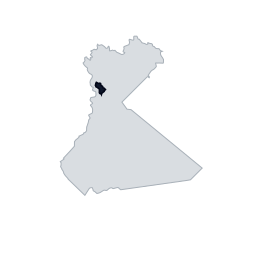 San, Ségou, Mali shown in context, rotated 135°
{"feature_id": "8926073B15709511390037", "entity_name": "San", "entity_type": "district", "adm_level": 2, "iso_a3": "MLI", "parent_name": "Mali", "parent_adm1": "Ségou", "projection": "robinson", "projection_center": [-4.933, 13.109], "detail": "fine", "context": "in_parent", "style": "filled", "palette": "ink", "viewbox_px": 256, "rotation_deg": 135, "n_neighbors": 0, "source": "geoboundaries", "source_scale": "gbopen_adm2", "svg_char_len": 5077}
<svg xmlns="http://www.w3.org/2000/svg" viewBox="0 0 256 256"><g transform="rotate(135 128 128)"><path d="M57.9,184.2L57.9,183.4L57.3,182.8L57.3,182.5L57.6,180.2L57.6,179.6L57.9,178.4L57.5,177.8L57.4,177.4L56.4,175.9L56.1,174.6L55.6,173.7L54.4,173.4L54.0,174.2L53.7,174.3L53.3,173.8L53.1,173.3L53.1,172.9L51.6,170.8L51.7,169.7L52.3,169.2L52.5,168.2L51.9,167.1L52.0,166.1L52.0,164.6L51.1,163.3L50.5,162.8L50.0,161.9L50.4,159.8L49.5,158.0L51.2,158.7L52.0,158.1L52.8,157.2L53.4,156.0L53.7,154.6L53.9,153.3L54.5,151.3L55.4,150.4L57.0,149.0L57.5,149.2L60.2,152.1L61.7,153.5L62.2,154.3L62.7,154.3L63.5,152.9L64.3,151.7L64.7,151.4L67.4,151.2L68.8,151.4L70.0,151.8L71.8,151.9L76.5,151.0L76.6,150.4L76.5,149.7L76.8,149.2L77.1,148.7L77.5,148.6L77.6,150.2L78.0,150.5L79.1,150.6L114.0,150.6L115.4,142.0L112.9,138.9L103.9,47.2L120.5,47.2L123.4,49.3L176.8,89.5L177.0,90.9L177.0,92.6L177.4,93.2L178.2,93.8L181.2,95.5L181.5,95.8L181.6,96.6L181.9,97.4L182.6,97.9L183.3,98.3L184.2,98.6L187.0,98.8L187.6,99.3L188.8,100.9L189.4,101.2L193.1,102.0L194.3,102.5L195.6,103.2L196.3,103.8L196.4,106.3L196.9,108.0L196.9,108.4L196.3,109.0L196.2,109.5L195.5,110.8L195.6,111.3L196.9,112.3L197.6,112.6L198.3,112.6L206.1,110.9L206.5,134.2L206.2,134.6L206.0,138.7L205.5,141.2L204.5,143.0L203.9,145.7L203.5,146.2L203.2,147.7L202.7,148.6L201.7,149.0L199.9,150.7L199.7,152.1L195.5,151.3L195.2,151.3L195.0,151.5L195.0,152.3L184.1,152.7L178.8,153.0L175.5,156.2L173.3,156.5L170.6,156.2L169.2,156.2L168.6,156.4L168.5,156.9L164.2,155.3L162.6,155.8L162.3,155.7L162.1,155.3L161.3,155.1L160.1,155.2L159.2,155.4L156.5,157.9L155.0,158.6L152.2,160.0L150.3,161.3L149.6,161.6L148.6,161.6L147.7,161.9L146.9,164.7L146.3,165.0L143.1,163.9L142.4,164.0L141.8,164.4L140.0,166.0L139.1,167.4L138.6,169.2L138.7,170.3L138.4,170.7L137.5,170.8L136.0,170.4L135.5,170.6L135.3,171.4L135.4,173.4L135.0,174.7L134.1,175.1L133.4,175.6L132.9,175.7L132.4,175.6L129.8,173.7L128.9,173.4L127.9,173.6L126.9,174.4L125.2,176.4L125.4,177.2L125.9,178.0L126.2,179.0L126.2,180.0L123.8,181.3L124.4,182.3L124.3,184.9L123.2,186.2L122.8,186.9L121.7,187.8L120.8,188.3L117.8,189.0L116.6,189.8L116.1,190.5L116.0,191.2L116.1,192.1L116.7,193.8L116.5,195.4L116.0,197.3L115.5,198.1L114.2,199.0L114.4,200.3L114.5,202.0L114.3,204.2L113.8,205.7L113.5,205.6L112.2,205.7L110.8,206.1L110.3,206.5L110.2,207.0L108.9,208.3L108.2,208.2L107.4,207.9L107.0,207.5L107.0,207.3L107.4,206.4L107.5,206.0L107.0,204.3L107.1,203.9L106.9,202.6L105.2,203.1L105.1,203.3L105.4,204.2L105.2,204.3L104.7,204.3L103.9,204.0L103.0,203.2L102.8,203.5L102.7,204.1L102.7,204.8L102.9,206.1L102.6,206.6L101.3,206.5L100.2,206.7L99.9,207.1L99.8,207.6L100.1,208.2L100.0,208.5L99.5,208.8L99.3,208.8L98.7,208.2L96.2,207.6L96.0,206.7L95.7,206.7L94.9,205.6L94.6,205.6L94.3,205.8L93.4,205.7L92.5,206.7L91.9,207.8L91.2,208.4L90.2,208.6L90.4,207.9L90.1,206.9L87.9,205.6L87.6,205.1L87.1,202.2L87.1,201.4L87.2,200.6L87.2,200.0L86.9,199.6L86.3,199.2L85.6,199.0L84.8,199.5L84.4,199.6L84.0,199.6L83.8,199.4L83.8,199.1L84.7,197.6L85.2,196.9L86.1,196.2L86.3,195.8L86.4,195.5L86.3,195.3L85.7,195.0L84.7,194.3L84.2,194.2L83.8,193.9L83.4,192.8L83.2,192.6L82.7,192.4L82.3,192.2L82.4,189.5L81.5,187.4L80.7,184.9L80.3,184.2L79.5,183.7L78.6,183.4L77.8,183.3L76.9,183.6L76.9,183.8L77.4,184.6L77.5,185.1L77.4,185.5L77.2,185.8L76.0,186.1L74.4,187.1L73.8,188.2L73.4,188.3L72.8,188.2L68.5,186.3L66.7,187.1L65.5,188.7L65.2,189.3L64.6,189.7L64.3,189.7L64.0,189.4L62.7,187.0L62.2,186.4L61.5,186.4L60.9,186.8L60.3,187.6L59.5,188.3L59.1,188.6L58.6,188.5L56.9,186.8L56.8,186.5L57.6,184.5L57.9,184.2Z" fill="#d9dde1" stroke="#a8b0b8" stroke-width="1"/><path d="M120.0,170.8L119.5,170.8L119.4,170.9L119.2,170.9L119.0,170.7L118.8,170.8L118.7,170.8L118.5,171.2L118.4,171.2L117.9,171.1L117.2,171.3L116.9,171.0L116.7,171.1L116.8,171.3L116.8,171.5L116.7,171.7L116.7,172.2L116.7,173.2L117.2,173.8L117.3,174.2L117.1,174.3L117.0,174.5L116.9,174.6L116.6,175.2L116.5,175.6L116.8,176.0L116.8,176.4L117.0,176.6L116.6,177.0L116.7,177.4L116.9,178.0L115.9,178.8L116.0,179.0L116.1,179.3L116.1,179.5L116.3,179.6L116.5,179.9L116.8,180.0L117.0,180.1L117.2,180.4L117.3,180.4L117.5,180.5L117.6,180.8L117.8,181.0L117.8,181.3L117.7,181.5L117.8,181.8L117.9,182.1L117.9,182.4L117.9,182.6L118.0,182.7L118.3,182.5L118.4,182.3L118.4,181.9L118.6,181.7L119.3,181.7L119.4,182.2L120.3,181.6L120.9,181.3L121.0,180.7L120.9,180.3L121.2,180.2L121.3,180.1L121.4,179.8L121.5,179.8L121.5,179.7L121.4,179.7L121.3,179.4L121.3,179.2L121.2,179.1L121.2,178.9L121.1,178.6L121.0,178.2L121.0,177.9L120.9,177.9L120.8,177.7L120.8,177.4L120.9,177.2L120.9,176.9L120.9,176.5L120.8,176.3L120.7,176.3L120.7,176.1L120.6,175.9L120.7,175.7L121.4,175.1L121.8,174.5L122.0,174.5L122.1,174.2L122.3,174.2L122.6,174.0L122.8,173.7L123.3,173.3L123.3,173.2L123.4,172.8L123.6,172.5L123.5,172.3L123.4,172.2L123.2,171.6L123.1,171.1L122.9,171.2L123.0,170.6L123.1,170.4L122.9,170.5L122.8,170.8L122.7,170.9L122.6,171.0L122.4,171.0L122.3,170.9L122.2,170.9L122.1,171.0L121.8,171.0L121.4,171.0L121.0,170.9L120.8,171.0L120.4,170.9L120.2,170.9L120.0,170.8Z" fill="#0f172a" stroke="#020617" stroke-width="1.5"/></g></svg>